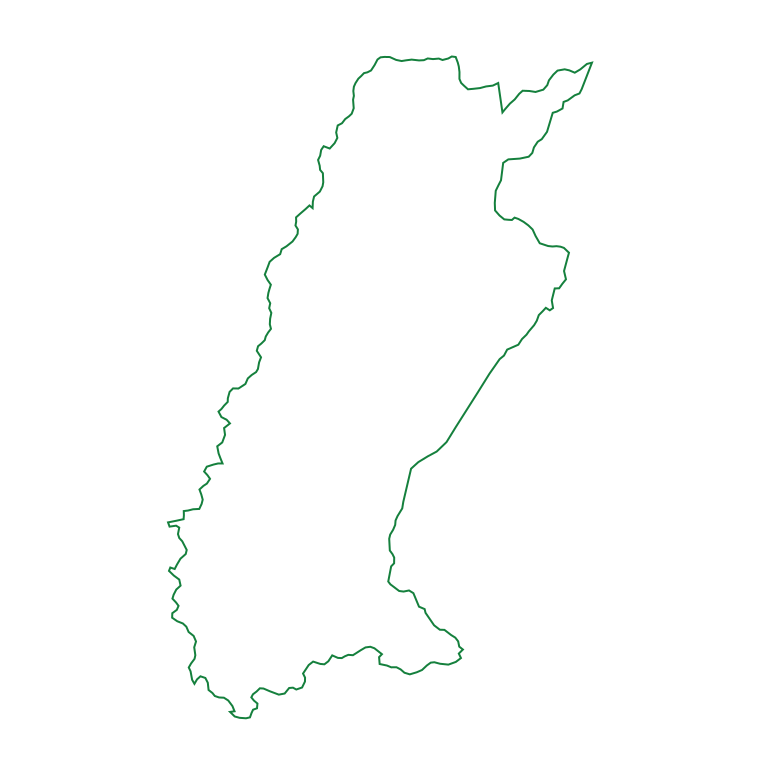 Barro Alto, Goiás, Brazil, rotated 177°
{"feature_id": "56859067B57270530570093", "entity_name": "Barro Alto", "entity_type": "district", "adm_level": 2, "iso_a3": "BRA", "parent_name": "Brazil", "parent_adm1": "Goiás", "projection": "orthographic", "projection_center": [-48.875, -14.903], "detail": "fine", "context": "isolated", "style": "outline", "palette": "green", "viewbox_px": 768, "rotation_deg": 177, "n_neighbors": 0, "source": "geoboundaries", "source_scale": "gbopen_adm2", "svg_char_len": 4563}
<svg xmlns="http://www.w3.org/2000/svg" viewBox="0 0 768 768"><g transform="rotate(177 384 384)"><path d="M553.8,330.5L552.8,323.3L551.3,318.6L549.4,313.1L554.0,313.3L558.4,312.5L565.3,310.7L568.2,306.0L565.0,302.1L562.7,298.4L566.1,293.8L569.7,291.7L573.8,288.3L572.2,283.1L571.1,278.0L572.4,273.8L575.0,268.9L581.2,268.9L586.3,267.9L590.6,267.6L590.7,263.4L591.2,259.5L598.6,258.3L606.9,257.1L605.6,252.8L599.0,253.4L596.0,251.3L597.6,244.9L596.5,240.9L593.7,237.5L589.7,228.6L590.9,224.6L596.4,220.2L600.2,214.5L602.7,210.2L607.0,211.9L608.5,208.6L603.9,203.7L598.7,199.4L597.7,193.3L602.2,189.6L605.1,184.6L606.5,180.7L603.1,176.7L600.8,173.2L602.7,169.3L607.4,166.2L607.8,161.7L602.9,157.9L597.4,155.4L594.1,152.0L592.1,146.6L587.3,142.4L585.2,136.7L587.3,131.0L586.6,123.0L587.6,119.4L591.3,115.0L593.8,111.1L592.2,107.2L591.1,98.7L589.0,94.5L586.2,98.8L582.6,101.7L577.8,99.8L575.6,94.9L575.2,87.6L571.5,84.4L569.3,81.3L565.1,79.6L560.3,79.1L556.1,76.1L552.2,70.3L550.4,65.0L554.9,64.6L550.5,59.8L545.7,58.2L539.3,57.4L535.3,58.1L533.5,62.4L531.8,65.6L527.8,66.8L527.1,71.5L530.4,74.6L532.9,78.0L531.1,81.0L527.3,83.6L523.9,86.6L520.3,86.2L514.0,83.1L505.3,79.3L499.4,80.1L494.6,85.4L490.8,85.5L487.6,83.5L481.7,85.2L478.5,91.0L478.2,94.9L480.0,99.1L473.9,107.3L469.3,110.5L462.3,107.8L458.2,107.2L454.1,110.0L449.9,115.7L444.4,112.9L440.5,112.5L437.4,114.1L433.8,115.4L429.2,114.8L421.1,119.4L416.3,121.9L411.4,122.3L407.4,120.6L400.2,114.3L403.2,111.5L403.0,104.6L395.8,102.7L391.6,100.7L386.4,100.5L382.3,98.1L378.7,94.6L373.4,92.7L366.4,94.4L361.0,96.4L355.9,100.7L351.9,103.3L348.3,103.5L342.7,101.7L334.4,100.4L326.8,102.7L321.5,106.3L323.4,110.9L319.1,114.7L322.6,117.8L323.4,123.1L326.1,127.0L330.1,129.8L336.5,135.3L341.1,135.7L346.6,140.4L354.5,153.3L355.2,157.1L360.7,159.8L365.6,173.6L369.8,176.5L375.3,175.7L379.7,176.5L388.1,183.6L390.1,186.5L386.4,201.5L383.3,204.4L382.9,210.1L384.4,213.6L386.9,217.4L386.9,229.2L385.7,233.3L382.5,238.0L380.2,242.7L379.6,247.1L377.4,251.4L372.3,258.8L370.9,265.3L361.4,298.0L353.8,304.2L344.0,309.5L334.9,313.8L324.6,322.7L314.8,336.9L290.7,370.8L278.1,388.8L267.2,402.8L262.7,406.1L259.2,411.9L247.8,416.2L243.8,421.7L239.1,425.8L236.6,429.0L231.0,434.9L228.1,439.2L225.8,444.7L221.8,448.3L218.4,451.6L214.6,448.9L211.2,451.0L212.1,458.7L208.5,470.5L204.1,470.4L200.6,474.8L196.8,479.0L198.3,487.4L193.6,501.9L192.4,505.4L197.2,510.5L200.6,511.9L204.5,512.6L208.6,512.5L212.9,513.2L221.1,516.4L224.9,523.9L227.5,530.5L231.5,534.8L236.1,538.6L241.2,541.8L244.9,543.3L247.7,541.1L251.3,541.5L255.3,542.1L259.8,546.2L264.0,551.5L263.9,559.0L262.8,567.2L262.3,571.1L259.3,576.5L256.5,581.3L253.4,598.6L248.1,601.8L236.5,602.0L227.6,603.4L223.8,607.0L221.9,612.4L217.8,617.9L213.6,620.3L208.0,627.3L201.3,646.0L197.1,647.0L191.3,649.8L189.9,656.3L185.7,657.6L178.5,662.3L173.6,663.9L171.2,668.0L159.5,694.0L164.6,693.0L171.5,687.9L177.2,684.9L182.5,687.5L187.1,688.8L194.3,687.9L198.7,684.1L203.4,678.6L205.3,673.9L209.5,669.6L217.4,667.7L223.5,669.0L230.2,669.6L233.8,666.7L238.6,661.3L243.6,657.4L248.9,651.9L251.5,649.0L254.2,678.6L259.7,676.3L266.5,675.8L272.6,674.5L279.4,674.1L284.7,673.9L288.4,677.6L291.2,680.6L292.7,684.7L292.3,691.6L292.7,697.2L293.5,701.1L295.3,706.8L299.2,707.5L302.8,705.7L308.6,704.5L312.2,706.1L318.1,705.9L323.3,706.8L327.2,705.3L332.1,705.3L339.4,706.5L344.8,706.1L349.5,705.6L354.9,707.0L361.1,710.2L366.5,710.6L370.4,710.4L373.5,708.4L376.7,703.0L380.5,697.8L384.3,696.1L387.7,695.5L390.7,692.7L393.6,690.3L396.7,686.0L398.5,682.5L399.3,678.2L399.0,673.3L400.0,669.5L399.8,661.0L402.1,655.6L404.9,653.2L408.9,650.6L412.3,646.6L416.7,644.6L418.6,637.7L417.7,632.2L420.7,627.1L425.9,622.0L431.8,624.6L434.5,621.0L435.8,615.3L438.1,611.2L436.8,605.3L436.6,601.2L434.0,597.7L434.1,588.6L435.0,584.7L438.0,579.5L444.0,574.9L445.5,569.8L446.1,563.4L449.1,566.2L453.3,562.7L458.5,558.7L463.1,555.0L463.2,550.7L464.1,546.9L461.9,542.9L462.4,538.5L464.4,535.4L467.9,531.1L474.2,526.6L479.1,524.0L480.9,519.1L487.2,515.7L491.8,512.0L493.9,507.1L497.3,499.5L494.8,493.9L491.8,489.1L493.5,484.6L494.7,481.0L495.8,475.9L493.4,470.6L494.7,465.7L492.8,460.9L494.3,455.1L494.9,449.6L494.0,445.0L497.0,441.5L499.6,437.6L500.8,434.0L504.3,430.9L507.8,428.3L509.3,423.8L505.4,417.1L507.6,412.1L509.1,405.6L511.1,402.6L515.7,399.9L519.7,396.7L522.4,391.3L529.6,387.1L535.0,387.5L538.6,384.2L540.7,377.9L541.0,374.3L544.8,370.8L547.7,367.5L550.7,365.1L548.1,359.5L543.0,356.5L539.9,352.7L546.0,348.4L545.4,341.5L548.6,334.1L553.8,330.5Z" fill="none" stroke="#15803d" stroke-width="2"/></g></svg>